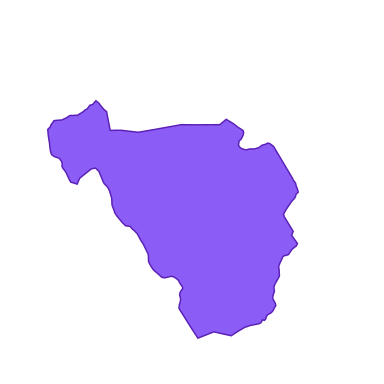 outline of Pedro Laurentino, Piauí, Brazil, rotated 139°
{"feature_id": "56859067B37572379149767", "entity_name": "Pedro Laurentino", "entity_type": "district", "adm_level": 2, "iso_a3": "BRA", "parent_name": "Brazil", "parent_adm1": "Piauí", "projection": "equal_earth", "projection_center": [-42.251, -8.091], "detail": "fine", "context": "isolated", "style": "filled", "palette": "violet", "viewbox_px": 384, "rotation_deg": 139, "n_neighbors": 0, "source": "geoboundaries", "source_scale": "gbopen_adm2", "svg_char_len": 2636}
<svg xmlns="http://www.w3.org/2000/svg" viewBox="0 0 384 384"><g transform="rotate(139 192 192)"><path d="M160.1,81.5L157.3,82.3L154.8,83.0L151.6,83.1L148.9,82.8L146.2,83.9L145.6,90.1L145.3,93.7L143.3,95.0L141.5,95.8L139.9,105.0L138.6,112.7L137.4,115.3L132.6,117.0L124.7,119.1L121.6,119.7L119.1,119.9L117.0,120.6L115.0,122.0L111.9,122.2L110.6,124.9L109.3,128.4L108.0,130.9L107.8,134.2L107.1,136.7L100.6,172.6L100.9,174.8L101.6,177.7L103.0,179.4L104.7,179.6L108.6,181.4L112.2,181.6L116.5,183.4L120.2,186.6L123.9,188.5L126.5,193.2L126.4,196.6L123.0,199.6L120.7,199.6L118.2,200.4L115.9,201.5L114.0,203.0L113.1,204.9L114.9,211.0L115.7,215.3L116.3,217.6L117.6,221.6L118.5,224.4L126.9,224.6L139.7,235.6L143.9,239.2L152.6,246.9L156.0,249.9L168.1,257.1L190.9,270.8L193.5,272.5L199.1,278.6L205.1,285.2L213.3,292.2L203.7,308.8L204.3,311.9L204.3,316.1L204.0,320.3L204.6,323.9L207.3,323.6L209.6,323.2L212.2,324.5L214.7,323.9L217.0,323.5L218.9,324.1L220.9,323.9L223.5,324.3L226.0,324.8L228.2,325.0L229.8,326.6L231.8,327.9L233.3,329.4L235.2,330.1L237.5,330.2L240.9,331.2L242.9,331.7L245.4,333.6L247.4,335.1L249.4,336.4L251.9,335.7L254.3,335.2L256.3,334.1L259.8,333.9L261.4,331.7L263.0,329.5L265.2,326.1L267.4,322.5L269.2,320.0L270.8,317.6L272.2,315.4L273.4,312.3L272.8,309.2L271.5,307.0L270.1,304.7L270.4,300.4L271.5,298.5L273.3,296.6L273.9,294.4L274.0,292.0L274.3,289.0L275.6,284.9L276.6,281.4L277.0,279.0L273.5,273.3L267.7,276.1L252.8,275.5L249.1,273.3L248.7,268.8L249.9,265.1L250.7,262.6L252.3,258.1L252.8,255.7L252.6,253.3L252.6,250.6L253.3,247.6L255.1,243.4L256.7,240.0L258.0,238.3L260.9,234.6L263.0,229.0L264.0,226.6L264.4,223.8L264.6,217.0L264.6,213.9L264.3,210.0L261.4,206.9L261.3,203.5L260.9,200.7L260.7,196.7L261.2,194.1L262.0,190.9L262.6,187.6L262.8,185.3L263.7,181.8L265.1,176.7L265.8,174.0L267.1,172.0L269.3,169.4L270.5,167.9L271.2,165.2L271.8,162.0L272.2,158.5L271.7,154.9L271.1,150.5L270.7,147.3L268.9,145.1L263.1,142.1L261.5,140.0L260.5,136.5L260.2,133.8L261.1,130.8L261.4,126.7L262.6,125.1L264.3,124.9L266.6,124.1L268.7,122.7L270.7,118.8L272.5,117.2L275.9,114.9L278.2,112.7L281.9,88.9L283.4,77.8L267.4,72.2L256.7,57.8L249.4,56.8L246.0,56.2L240.7,55.2L238.6,54.2L236.1,53.3L234.4,52.4L232.7,51.4L230.3,50.0L228.2,48.8L226.0,48.1L224.4,48.5L222.8,49.4L221.6,47.6L219.7,47.8L217.6,49.1L215.7,49.8L213.5,49.3L211.3,48.9L208.5,49.3L206.1,50.4L203.2,51.3L202.0,53.9L201.4,56.9L200.7,59.1L198.1,61.2L195.1,62.8L192.7,66.4L190.9,67.5L188.7,68.5L186.1,69.4L183.4,70.3L181.1,71.3L178.4,74.7L176.9,76.7L175.3,79.1L172.2,80.7L169.1,82.0L165.8,83.6L164.2,83.4L162.3,82.3L160.1,81.5Z" fill="#8b5cf6" stroke="#5b21b6" stroke-width="1.5"/></g></svg>